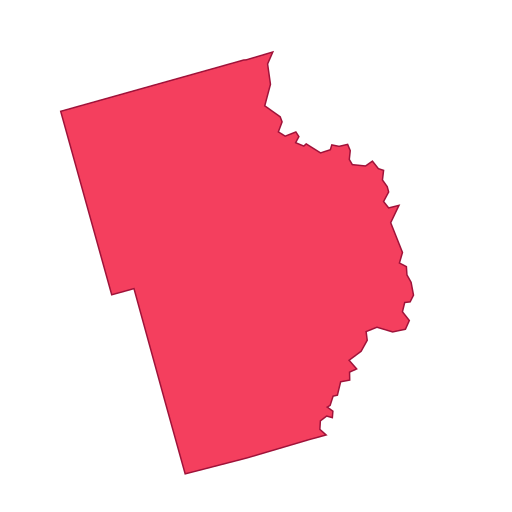 the district of Park, Colorado, United States of America, rotated 165°
{"feature_id": "52423323B59552334476935", "entity_name": "Park", "entity_type": "district", "adm_level": 2, "iso_a3": "USA", "parent_name": "United States of America", "parent_adm1": "Colorado", "projection": "albers", "projection_center": [-105.968, 39.131], "detail": "fine", "context": "isolated", "style": "filled", "palette": "rose", "viewbox_px": 512, "rotation_deg": 165, "n_neighbors": 0, "source": "geoboundaries", "source_scale": "gbopen_adm2", "svg_char_len": 1036}
<svg xmlns="http://www.w3.org/2000/svg" viewBox="0 0 512 512"><g transform="rotate(165 256 256)"><path d="M405.4,255.9L382.3,256.1L381.5,136.4L380.8,63.9L316.6,63.3L252.6,64.9L234.6,65.0L239.2,72.0L236.5,80.1L229.2,83.1L224.1,80.1L221.9,86.2L226.3,91.6L223.1,92.5L217.8,100.7L213.4,100.5L206.8,112.6L197.6,111.9L195.7,119.6L188.0,120.9L193.1,131.2L179.1,136.8L170.4,145.8L169.2,154.5L157.6,155.9L143.7,147.3L130.6,146.6L124.6,154.0L129.0,164.2L124.4,172.6L119.0,171.8L114.0,177.4L113.0,190.4L115.1,198.7L113.5,206.8L119.3,212.1L113.6,221.5L117.3,253.3L104.8,267.9L115.4,268.1L118.7,275.6L111.3,283.5L111.3,289.0L114.2,296.7L110.6,305.7L115.2,308.7L119.0,317.5L126.9,314.6L139.3,319.3L140.9,325.1L137.7,333.4L138.6,340.1L147.4,340.4L154.0,343.7L156.7,339.4L167.0,338.9L178.5,351.3L181.4,349.8L188.4,355.2L183.7,360.2L185.4,365.5L196.8,364.2L202.3,370.1L196.1,378.8L196.6,384.2L208.7,398.8L197.6,418.1L195.1,438.5L187.0,448.7L214.8,448.0L217.3,448.5L407.2,446.3L405.4,255.9Z" fill="#f43f5e" stroke="#9f1239" stroke-width="1.5"/></g></svg>